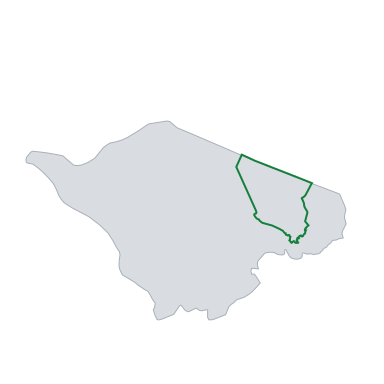 Duma, Rif Dimashq, Syria shown in context, rotated 237°
{"feature_id": "27442178B16442606574703", "entity_name": "Duma", "entity_type": "district", "adm_level": 2, "iso_a3": "SYR", "parent_name": "Syria", "parent_adm1": "Rif Dimashq", "projection": "equal_earth", "projection_center": [36.727, 33.326], "detail": "medium", "context": "in_parent", "style": "outline", "palette": "green", "viewbox_px": 384, "rotation_deg": 237, "n_neighbors": 0, "source": "geoboundaries", "source_scale": "gbopen_adm2", "svg_char_len": 3883}
<svg xmlns="http://www.w3.org/2000/svg" viewBox="0 0 384 384"><g transform="rotate(237 192 192)"><path d="M75.6,136.5L78.4,136.8L84.2,140.6L85.2,140.5L87.0,135.5L88.8,133.7L92.4,132.2L93.4,124.0L95.1,122.5L97.2,121.6L100.4,121.5L103.1,121.0L103.3,119.5L99.4,110.1L99.8,107.7L101.6,98.2L102.8,94.5L103.9,93.3L108.2,93.7L114.3,95.4L115.9,98.1L118.9,100.6L123.4,100.4L128.5,100.9L132.5,101.0L135.7,99.3L143.0,96.1L146.6,95.1L149.8,93.7L160.3,88.5L164.5,88.9L167.3,89.5L169.5,90.4L174.5,93.9L178.6,97.5L181.5,98.6L186.6,98.5L194.1,99.2L203.2,99.2L208.5,98.1L215.3,96.4L227.4,92.1L243.2,83.2L252.5,78.9L256.5,78.4L261.8,78.4L267.1,79.5L273.1,80.3L275.8,80.2L282.3,79.3L290.6,77.6L295.8,76.1L302.1,73.7L306.0,69.7L307.2,69.3L308.9,70.0L309.7,70.3L311.4,72.5L313.2,78.4L313.2,79.1L312.9,80.7L308.9,85.6L303.4,92.1L299.5,96.3L292.8,103.3L287.7,104.8L279.2,107.3L276.9,109.7L274.9,113.7L273.7,119.1L273.4,122.5L273.3,128.8L275.4,135.4L277.5,141.7L277.8,145.9L277.7,150.0L275.9,154.4L274.0,160.4L272.9,167.3L272.5,180.1L272.7,191.1L272.6,192.9L269.2,200.6L265.2,209.6L263.3,211.7L254.1,214.4L244.3,221.1L233.2,228.5L223.1,235.3L212.5,242.4L201.5,249.7L193.6,255.0L183.1,262.1L173.5,268.8L163.7,275.7L156.3,280.9L145.0,289.1L138.4,293.9L128.6,301.0L120.0,307.3L109.9,314.7L97.1,312.5L93.1,311.3L89.8,307.7L87.3,305.8L81.3,303.9L77.5,297.3L75.1,294.9L71.1,293.8L72.8,289.6L73.2,286.8L74.9,283.4L73.8,281.1L73.3,276.4L72.6,275.2L72.3,274.0L72.9,272.4L72.7,270.9L72.0,270.2L71.7,267.8L71.1,266.1L71.4,264.0L72.3,262.6L73.2,259.9L74.3,259.1L76.0,257.4L76.5,255.7L78.0,254.0L80.0,252.6L80.5,251.5L80.2,250.8L78.2,249.6L77.1,247.4L78.1,244.1L78.7,243.1L79.9,241.6L82.7,239.2L84.8,238.8L86.7,238.8L89.8,239.0L92.3,239.5L92.9,238.8L92.8,238.1L89.8,236.1L89.6,234.6L90.4,232.9L92.5,230.3L95.1,228.4L96.4,228.1L99.3,224.2L101.1,219.9L98.1,209.5L96.3,207.8L93.4,206.4L91.6,206.1L91.5,205.5L93.8,202.8L95.5,200.5L93.7,198.3L90.4,197.3L89.2,199.6L85.0,199.8L78.5,199.7L75.7,188.8L75.2,184.0L75.3,178.5L77.3,170.5L76.4,166.7L76.4,164.2L75.9,160.8L70.8,153.4L73.6,139.8L75.6,136.5Z" fill="#d9dde1" stroke="#a8b0b8" stroke-width="1"/><path d="M92.4,253.4L92.7,253.3L93.6,253.7L94.1,253.4L94.6,253.5L95.1,254.4L95.3,254.5L95.3,254.9L96.0,255.4L96.0,255.6L95.7,255.8L95.4,255.8L95.0,255.9L94.9,256.1L95.0,256.5L95.4,256.4L95.6,256.6L95.9,256.7L96.2,257.0L96.5,258.2L96.4,258.4L96.4,258.8L96.4,259.2L96.1,259.3L95.9,259.8L95.2,259.6L94.8,260.2L94.9,260.3L95.0,260.6L94.9,260.9L94.7,261.2L95.5,262.6L95.6,262.9L95.7,263.4L95.6,263.9L95.6,264.2L95.8,264.4L96.0,264.6L96.4,264.8L96.7,265.0L97.7,266.5L98.1,265.8L98.5,265.8L98.8,266.2L99.0,266.5L99.3,266.6L99.5,267.1L99.8,267.6L99.7,268.0L100.0,268.3L100.3,269.8L100.6,271.5L105.7,270.9L105.9,271.0L111.6,277.3L111.8,277.5L112.3,277.8L113.4,278.0L118.0,278.2L118.5,278.3L120.2,279.0L121.0,279.5L121.5,279.7L122.2,279.9L124.0,280.2L124.2,280.3L126.3,280.5L126.8,280.6L127.1,280.8L127.0,282.4L127.1,283.4L127.2,284.3L127.5,285.3L129.9,289.7L133.1,295.4L134.1,297.4L147.0,288.3L183.8,261.9L196.2,254.1L188.9,242.8L142.9,235.7L141.1,235.4L139.8,234.9L139.5,234.7L139.3,234.3L139.2,234.0L139.2,233.8L139.4,233.5L139.5,232.9L139.4,232.2L139.1,231.8L138.7,231.6L138.3,231.6L137.2,231.5L136.4,231.6L134.7,231.8L133.5,232.4L132.4,233.2L131.4,233.0L129.2,233.7L127.7,234.3L126.6,235.3L125.7,236.1L120.2,241.0L118.4,242.1L113.5,245.2L111.1,246.4L110.5,246.8L110.1,247.0L109.6,247.1L107.4,247.3L106.7,247.6L106.3,248.0L106.0,247.7L105.1,247.5L104.2,248.3L103.5,248.5L103.4,248.6L103.2,249.7L103.1,250.0L102.9,250.1L102.7,250.0L102.4,249.9L102.0,249.8L101.6,250.0L100.8,250.2L100.6,250.0L100.1,249.1L99.9,248.9L99.5,248.8L99.0,248.5L98.4,247.3L97.4,247.6L96.9,247.5L96.2,247.9L95.8,247.6L95.5,247.6L95.2,247.8L95.1,248.4L95.5,250.3L95.4,250.6L94.6,251.0L94.0,250.9L93.7,250.9L92.7,251.4L91.9,252.8L92.5,252.9L92.4,253.4Z" fill="none" stroke="#15803d" stroke-width="2"/></g></svg>